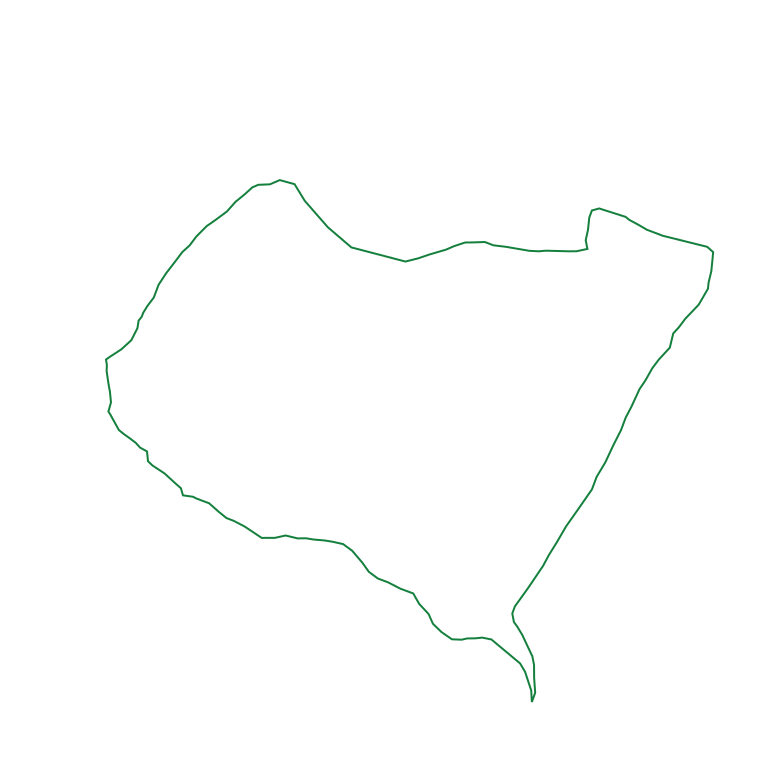 the district of Owan West, Edo, Nigeria, rotated 291°
{"feature_id": "59680162B12689851933854", "entity_name": "Owan West", "entity_type": "district", "adm_level": 2, "iso_a3": "NGA", "parent_name": "Nigeria", "parent_adm1": "Edo", "projection": "orthographic", "projection_center": [5.884, 6.933], "detail": "fine", "context": "isolated", "style": "outline", "palette": "green", "viewbox_px": 768, "rotation_deg": 291, "n_neighbors": 0, "source": "geoboundaries", "source_scale": "gbopen_adm2", "svg_char_len": 2242}
<svg xmlns="http://www.w3.org/2000/svg" viewBox="0 0 768 768"><g transform="rotate(291 384 384)"><path d="M625.1,644.0L627.9,636.6L622.3,591.3L622.2,574.4L623.7,565.1L625.1,554.3L626.6,549.7L625.0,522.0L620.5,515.9L613.0,516.0L601.0,519.2L590.5,520.8L583.0,525.5L577.0,516.3L574.0,508.7L570.7,499.3L566.4,487.2L565.6,485.5L563.4,481.1L560.4,471.9L555.8,448.8L552.7,436.5L552.7,427.3L548.2,416.6L545.1,408.9L537.6,399.8L531.6,393.7L521.1,379.9L513.5,370.8L506.0,360.1L500.1,307.0L499.8,304.7L510.2,275.4L526.6,244.4L538.5,228.9L537.3,216.5L537.0,213.6L529.5,205.9L524.9,195.2L522.5,192.8L520.4,190.6L511.4,186.1L500.9,180.1L488.9,175.6L476.9,168.0L467.9,161.9L454.3,155.9L443.8,152.9L434.8,148.4L424.3,145.4L409.3,140.9L395.8,138.0L382.3,138.1L371.8,135.1L370.7,134.9L364.3,133.7L359.8,133.7L355.3,132.2L347.8,133.8L334.3,132.4L322.3,126.4L311.8,118.8L307.2,115.7L302.4,118.5L296.7,120.4L288.1,125.2L283.3,128.0L278.6,130.9L269.0,135.7L259.5,136.6L257.7,139.1L256.6,140.4L246.0,153.0L244.1,158.8L242.1,166.5L240.1,173.3L237.2,179.1L236.1,186.9L227.3,191.4L224.9,197.2L221.9,211.0L219.1,218.2L218.3,220.3L217.5,222.2L215.9,226.4L213.9,231.8L208.0,236.2L210.3,246.2L209.9,249.5L209.9,255.6L210.0,263.4L205.4,275.7L202.4,284.9L202.4,292.6L201.0,305.0L196.5,325.0L201.2,337.2L207.3,346.4L208.9,358.7L212.0,366.4L213.6,374.1L216.7,384.8L218.3,392.5L219.9,403.3L219.7,403.9L219.2,405.7L218.7,407.5L216.9,414.1L209.3,428.0L203.2,437.2L200.2,448.0L200.3,457.2L200.3,458.8L198.8,472.6L198.9,486.5L196.4,489.4L191.3,495.7L185.2,508.1L179.5,513.8L178.1,515.2L177.6,515.8L177.3,516.5L173.0,526.6L170.0,538.9L173.1,548.1L176.2,552.7L179.3,560.4L182.4,566.5L184.0,575.8L171.9,611.2L165.8,618.9L150.6,631.3L140.1,636.0L149.9,635.8L163.4,629.5L175.4,624.8L182.9,620.1L191.8,610.8L199.3,603.0L205.3,595.3L208.3,590.6L215.1,586.4L215.8,586.0L223.3,585.9L245.8,591.8L271.3,597.7L283.3,599.2L298.3,602.1L316.3,605.0L336.1,610.0L360.1,615.9L373.6,615.8L386.1,618.0L390.1,618.7L409.7,620.1L425.8,621.8L439.3,621.7L451.3,623.1L470.8,624.4L481.2,626.8L494.8,628.8L505.3,631.8L520.4,637.8L534.9,635.9L542.4,638.9L552.9,641.9L570.9,649.4L589.0,652.3L594.9,650.7L606.9,649.1L610.8,648.0L620.3,645.4L625.1,644.0Z" fill="none" stroke="#15803d" stroke-width="2"/></g></svg>